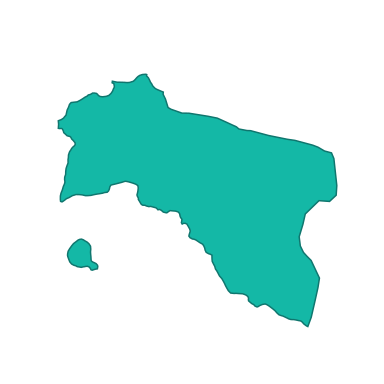 Vermali, Shefa, Vanuatu (Robinson projection), rotated 285°
{"feature_id": "77236927B83961897513760", "entity_name": "Vermali", "entity_type": "district", "adm_level": 2, "iso_a3": "VUT", "parent_name": "Vanuatu", "parent_adm1": "Shefa", "projection": "robinson", "projection_center": [168.163, -16.618], "detail": "fine", "context": "isolated", "style": "filled", "palette": "teal", "viewbox_px": 384, "rotation_deg": 285, "n_neighbors": 0, "source": "geoboundaries", "source_scale": "gbopen_adm2", "svg_char_len": 4510}
<svg xmlns="http://www.w3.org/2000/svg" viewBox="0 0 384 384"><g transform="rotate(285 192 192)"><path d="M281.1,138.4L281.4,135.9L281.8,133.2L282.1,131.1L282.7,129.2L284.4,126.5L286.0,125.1L287.3,123.5L288.8,122.3L291.0,120.3L292.2,118.4L292.2,118.2L293.1,117.9L293.7,117.9L293.8,117.0L293.2,115.2L292.6,113.6L291.0,111.2L289.5,109.9L288.0,109.0L285.9,108.0L283.8,106.7L282.6,104.8L281.8,103.6L281.0,101.4L280.7,100.0L280.4,98.3L279.4,94.1L278.7,91.5L278.5,88.5L278.5,88.0L278.4,86.4L276.8,86.6L276.5,88.4L274.5,89.4L273.6,89.7L272.9,89.8L271.3,89.4L269.0,89.2L266.3,88.3L263.8,86.7L262.2,84.4L260.8,80.9L260.5,78.4L261.0,76.6L261.9,75.5L262.5,74.2L262.3,72.0L261.8,70.3L260.9,69.6L259.7,68.2L258.9,66.7L257.5,65.9L255.8,64.0L253.6,62.1L251.7,60.3L249.4,57.8L248.0,54.3L247.1,52.1L246.0,51.5L244.9,51.0L243.4,50.9L241.3,50.7L238.9,50.2L236.3,50.3L233.8,50.4L233.6,50.4L231.6,49.4L230.1,48.8L228.0,46.9L226.8,45.2L226.2,44.4L225.1,44.8L223.8,45.3L222.5,45.7L220.9,46.0L218.9,46.4L219.0,47.7L219.6,49.5L219.5,50.0L219.3,50.5L217.7,51.9L217.3,52.1L216.1,52.8L215.2,54.6L214.0,56.8L214.0,60.0L213.7,60.4L213.4,60.9L212.1,62.0L210.9,64.1L209.3,66.3L207.6,66.9L206.1,66.4L205.1,65.6L203.0,64.5L201.0,64.0L200.6,63.8L198.9,63.3L195.8,63.1L193.6,63.6L191.1,63.9L187.9,64.8L186.3,64.6L184.3,64.4L182.1,64.3L179.2,64.7L176.3,65.4L173.4,65.2L171.1,65.7L169.4,66.4L168.7,66.7L166.6,66.7L164.2,66.3L160.1,66.2L158.7,66.0L156.8,65.8L154.1,65.9L150.6,66.8L148.9,67.5L148.8,69.0L149.7,69.9L151.3,71.2L153.1,72.5L154.7,74.6L157.6,77.5L158.8,79.5L159.5,80.5L160.3,83.7L160.8,86.6L160.9,90.0L161.6,92.5L162.6,95.3L163.9,97.7L165.2,100.3L166.5,103.3L167.7,105.9L168.8,107.6L169.8,110.1L171.4,111.1L173.3,111.4L173.8,111.4L175.9,111.3L177.8,112.0L178.7,113.7L180.3,116.6L181.6,118.9L183.0,121.4L184.8,124.2L185.2,125.1L185.4,128.1L185.3,132.3L185.0,135.7L184.2,138.0L182.1,139.0L178.9,139.5L176.9,139.6L176.6,139.6L174.9,139.6L173.5,140.5L172.4,141.7L170.9,142.1L169.5,143.6L168.0,145.1L166.9,146.3L166.5,147.8L167.0,150.0L166.7,151.5L166.7,154.1L167.4,155.8L167.4,157.8L167.4,159.4L167.4,161.3L166.6,162.9L166.0,163.7L166.8,165.3L166.3,167.2L165.2,169.4L165.2,172.1L165.4,173.1L166.9,174.3L167.1,174.5L168.3,175.5L168.7,177.8L169.3,181.2L169.1,184.0L167.9,185.6L165.5,186.8L164.3,187.7L163.2,189.2L163.0,189.3L161.2,189.6L159.6,189.7L158.5,190.8L159.5,191.9L160.0,193.5L159.7,195.4L158.6,196.5L157.5,197.6L155.7,199.3L153.9,200.4L152.8,200.4L152.1,200.4L150.4,200.3L148.6,200.4L147.3,202.0L147.1,203.1L146.7,204.5L146.9,205.6L146.8,207.6L146.1,209.9L145.2,212.4L144.3,215.9L143.5,216.7L142.9,217.4L141.1,218.8L140.3,219.2L139.3,219.7L137.4,221.3L136.7,223.9L136.6,225.9L136.1,227.7L134.7,228.0L132.4,228.7L130.2,229.5L127.8,231.6L126.1,233.2L124.4,234.2L123.8,234.5L122.2,236.4L120.1,238.4L119.6,238.8L118.0,240.3L116.0,243.3L113.3,246.0L111.6,247.5L110.2,248.6L108.0,250.7L106.1,252.6L104.4,255.5L104.9,258.9L105.5,260.7L106.0,263.4L106.8,267.3L106.8,267.5L106.5,270.6L105.6,272.9L104.1,274.1L103.0,274.2L101.5,274.8L100.8,276.2L99.7,278.5L99.2,280.8L98.1,282.4L97.8,284.6L98.4,285.5L99.9,286.9L101.6,289.1L102.8,291.7L102.5,293.8L101.7,296.3L100.5,299.2L98.9,302.8L97.2,305.3L95.9,307.8L95.7,310.2L95.7,312.0L95.3,314.2L94.9,316.3L94.8,317.3L94.5,317.8L94.5,318.8L94.4,320.2L94.7,321.9L95.1,323.4L95.3,325.5L95.4,328.2L95.6,330.1L95.3,331.4L94.5,332.7L93.4,334.4L92.3,337.2L92.0,338.7L101.9,339.6L118.8,339.0L132.3,338.4L141.8,337.4L156.7,324.8L159.6,319.8L162.5,315.3L167.9,310.6L176.5,307.1L189.5,307.5L200.1,307.1L216.5,316.9L218.5,327.3L226.2,332.1L235.7,330.2L261.0,320.4L265.9,316.6L265.9,309.4L267.9,302.1L268.5,296.4L268.5,281.3L268.5,278.1L267.6,270.5L266.4,251.3L266.4,242.1L266.4,237.4L266.4,232.7L265.6,229.2L265.0,221.0L266.4,218.1L268.2,207.7L269.9,197.3L269.3,187.9L267.3,168.6L265.6,161.9L266.5,150.2L267.4,147.0L274.9,142.3L278.9,138.8L281.1,138.4ZM101.4,87.8L100.6,87.8L98.8,88.1L97.5,88.7L95.5,90.1L92.9,92.0L91.3,94.3L90.7,96.7L90.6,99.2L90.2,100.4L90.4,102.5L90.6,104.6L91.7,106.6L91.8,107.0L92.3,108.0L92.8,109.0L93.2,110.4L92.9,112.2L92.0,113.4L90.7,114.6L90.7,115.9L91.4,117.0L92.3,118.4L93.3,120.5L94.4,120.4L95.6,120.3L96.8,119.7L97.4,118.8L98.0,117.9L98.4,116.1L98.6,114.7L99.0,113.3L99.2,112.9L99.6,112.4L100.6,112.0L102.1,111.5L103.6,111.0L105.7,110.2L107.8,109.5L110.6,109.0L113.4,108.0L115.4,105.8L116.5,103.6L117.0,101.6L117.7,99.4L117.9,97.5L117.2,95.8L116.1,94.4L113.8,92.7L111.5,90.9L108.8,89.7L105.6,88.5L102.7,87.7L101.4,87.8Z" fill="#14b8a6" stroke="#0f766e" stroke-width="1.5"/></g></svg>